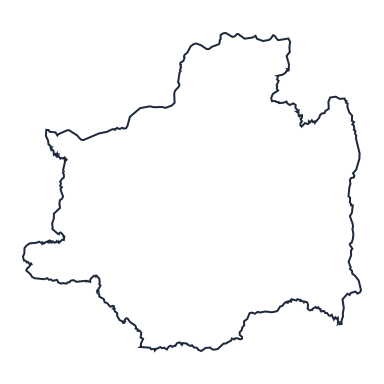 the district of Lom Sak, Phetchabun, Thailand
{"feature_id": "78962969B94734864821350", "entity_name": "Lom Sak", "entity_type": "district", "adm_level": 2, "iso_a3": "THA", "parent_name": "Thailand", "parent_adm1": "Phetchabun", "projection": "robinson", "projection_center": [101.266, 16.742], "detail": "fine", "context": "isolated", "style": "outline", "palette": "slate", "viewbox_px": 384, "rotation_deg": 0, "n_neighbors": 0, "source": "geoboundaries", "source_scale": "gbopen_adm2", "svg_char_len": 5903}
<svg xmlns="http://www.w3.org/2000/svg" viewBox="0 0 384 384"><path d="M26.3,270.6L30.3,274.0L32.1,276.9L34.5,278.2L44.0,279.2L47.2,278.2L48.8,279.7L51.0,279.5L52.7,280.8L57.0,279.9L58.4,282.6L61.4,283.6L62.9,283.0L66.2,283.7L67.8,282.3L69.4,282.3L70.5,280.8L73.4,280.1L76.5,281.8L85.7,280.8L86.3,281.5L87.1,280.9L90.2,281.9L90.2,279.8L91.2,278.2L94.0,275.8L96.3,275.7L96.1,276.6L97.1,276.4L99.3,278.7L99.7,282.5L99.2,284.1L100.5,285.6L98.0,289.8L98.4,290.9L97.4,290.4L97.0,291.2L97.5,293.1L99.2,294.2L99.3,296.6L103.7,299.0L104.7,302.3L107.1,303.1L110.2,306.7L112.9,305.8L114.0,306.3L113.6,307.6L114.4,308.3L113.5,308.8L114.2,309.0L114.8,311.3L117.2,313.1L117.2,315.9L119.6,320.1L122.9,321.6L122.8,322.7L124.1,323.0L125.2,321.3L124.6,320.4L125.1,319.4L126.3,318.2L127.5,318.5L130.1,322.1L134.8,325.2L136.1,327.1L135.7,328.6L137.7,329.4L137.7,330.9L139.3,330.6L140.2,331.2L141.3,333.1L140.6,337.6L143.1,338.8L141.0,343.6L140.9,346.4L140.1,347.0L150.1,347.7L151.2,349.3L154.9,348.9L154.9,350.4L156.7,348.7L160.3,347.1L162.1,348.2L164.3,347.7L166.8,349.5L168.6,346.8L170.6,345.7L172.4,346.9L174.4,345.6L175.4,345.9L176.8,343.4L179.3,342.4L180.4,342.7L180.9,343.9L181.7,343.6L182.1,344.7L183.1,343.0L187.3,343.7L187.4,344.6L190.7,346.0L191.9,345.2L194.1,347.5L195.9,347.5L197.7,348.6L198.3,349.9L201.4,351.0L205.6,347.9L210.2,347.6L212.0,349.2L213.9,349.7L217.7,349.0L223.5,343.6L225.6,343.6L231.2,340.4L231.9,338.5L234.3,339.4L235.2,338.3L237.7,338.3L240.2,339.4L242.1,338.6L242.0,336.8L239.7,334.8L239.7,332.1L241.7,330.2L242.3,327.4L244.2,325.4L244.0,321.3L247.2,319.0L249.6,313.2L251.7,312.6L254.9,313.7L257.6,311.9L260.0,312.5L265.5,311.5L271.8,312.3L276.5,311.3L277.7,310.6L280.1,306.5L282.1,306.1L284.9,302.6L286.9,301.7L287.1,302.7L287.9,302.8L289.1,301.1L291.1,301.7L291.4,300.7L290.7,300.1L291.5,299.2L296.3,300.5L297.2,299.3L299.1,299.6L300.7,300.1L300.4,300.9L303.9,301.5L304.1,302.3L304.8,301.6L307.0,302.2L308.1,304.6L307.6,308.6L309.4,310.3L312.2,310.0L312.5,308.9L315.6,307.0L316.9,308.2L318.3,307.3L319.4,308.9L320.5,309.1L320.4,310.3L321.3,311.5L322.6,310.9L324.3,311.2L325.0,312.9L327.1,313.1L328.8,315.5L330.4,315.8L331.7,314.8L333.2,318.2L334.1,317.9L334.2,319.2L335.6,317.4L336.4,318.6L337.9,317.8L337.9,322.2L338.7,322.4L338.3,323.6L339.5,322.6L340.0,324.3L341.6,324.0L341.5,320.5L343.0,316.4L342.8,313.5L343.8,308.0L342.5,299.4L347.5,293.7L349.6,295.0L350.9,292.9L355.5,291.6L357.4,293.6L359.8,292.5L361.0,290.3L358.7,280.5L354.7,275.4L352.3,273.7L352.0,270.8L350.0,269.1L350.7,267.2L348.6,261.9L351.1,255.5L351.0,250.4L352.4,248.8L349.8,244.9L350.3,243.3L351.6,242.8L352.9,238.9L353.4,233.8L352.4,228.8L353.0,227.0L352.8,224.3L349.9,216.1L351.9,212.8L352.8,205.3L351.0,205.3L351.0,204.0L349.9,202.6L350.1,197.7L348.5,196.3L349.4,187.0L350.4,183.9L349.9,179.9L351.2,178.0L353.9,177.4L354.4,175.7L353.0,173.2L356.2,169.7L359.4,158.7L359.6,153.3L355.9,138.2L356.3,135.7L355.1,133.8L355.3,130.8L353.8,129.8L354.3,128.3L353.8,125.5L352.3,124.4L354.0,122.1L351.9,120.8L352.1,115.6L349.2,112.3L347.3,106.7L347.7,103.6L345.9,102.6L346.5,101.0L345.2,100.4L344.5,98.5L339.7,98.9L335.9,96.7L330.2,97.5L328.4,101.8L328.8,108.7L325.3,111.1L324.6,113.1L321.8,113.5L320.1,115.1L319.2,117.7L314.9,122.8L314.6,121.4L313.0,122.1L311.8,120.3L310.2,122.3L308.9,121.3L308.9,123.2L307.8,124.2L305.1,123.0L301.6,126.6L300.3,125.0L300.6,122.7L302.0,121.5L300.6,119.1L301.9,117.7L302.0,115.2L300.6,115.3L299.6,116.5L298.7,115.8L298.5,113.0L296.8,111.8L298.3,111.8L298.6,110.3L297.8,110.4L295.4,107.8L295.7,105.1L293.4,103.4L289.7,105.0L287.3,103.3L286.5,101.6L283.6,102.7L278.9,103.1L278.7,102.1L276.4,102.0L275.2,101.0L271.9,101.2L271.2,97.9L272.9,93.9L278.1,90.5L276.8,88.6L277.2,86.3L276.6,85.3L278.6,80.8L277.1,79.5L278.0,76.3L277.2,75.9L282.5,74.7L285.7,72.6L286.4,71.1L288.0,70.6L287.2,69.1L288.8,69.4L288.9,64.2L286.6,55.9L289.8,52.0L289.4,47.3L290.1,41.8L288.4,38.5L278.7,40.1L277.6,39.8L274.8,36.1L273.2,35.2L270.7,38.7L268.8,40.0L262.9,41.0L256.9,38.7L255.5,35.8L252.6,37.5L244.7,38.7L238.1,34.0L236.9,34.1L234.7,36.4L232.4,36.9L225.8,33.0L223.2,33.3L220.5,35.1L220.7,39.2L219.7,40.2L219.7,42.5L218.9,44.2L211.7,46.9L209.1,49.0L206.7,49.1L201.3,45.4L196.3,43.5L193.7,44.1L190.7,46.3L187.3,52.7L184.6,54.8L183.9,56.6L184.6,57.5L183.3,61.0L180.5,62.6L180.2,64.2L181.0,64.8L180.5,66.2L181.1,67.3L180.0,69.8L180.7,71.0L179.5,72.8L178.1,82.5L179.1,83.4L179.4,85.1L178.4,87.2L175.0,90.7L174.2,93.7L174.6,102.8L171.8,105.5L165.9,107.8L161.6,107.0L153.6,107.2L149.9,106.3L140.2,108.1L129.9,116.8L127.5,125.8L126.1,128.2L123.8,128.6L122.4,127.7L119.7,129.0L116.9,127.9L116.5,128.7L114.8,129.0L114.8,129.7L112.4,129.2L107.0,131.8L99.1,133.4L83.3,140.1L80.8,139.5L77.0,135.3L69.0,130.2L67.2,130.3L58.5,134.1L57.4,135.5L55.5,132.4L49.5,131.7L48.7,130.1L46.3,129.8L45.9,135.9L48.0,140.4L48.6,144.6L50.4,145.7L50.5,147.0L51.5,147.2L50.6,147.8L51.3,149.9L51.9,149.3L53.5,151.0L53.9,154.9L55.4,154.0L56.0,155.3L57.0,153.7L57.1,155.0L58.4,154.6L57.6,156.6L58.6,156.3L60.4,158.6L61.2,157.9L62.6,158.5L64.4,157.5L64.8,160.5L65.4,159.9L64.8,158.9L65.2,158.2L66.6,159.7L65.1,161.3L63.1,170.1L63.8,171.5L62.9,172.8L63.9,174.6L63.8,177.6L62.1,178.8L60.1,181.8L61.0,183.1L60.2,186.0L61.9,187.2L60.6,188.6L60.8,190.2L63.1,196.7L61.8,199.0L59.9,200.2L59.4,203.5L60.0,207.9L53.9,213.7L53.9,218.1L52.1,223.7L52.7,227.8L52.3,229.0L58.1,234.0L58.8,234.2L58.8,233.5L60.7,232.5L62.9,234.7L63.6,236.8L64.3,236.6L64.2,238.1L63.8,240.0L62.4,239.6L59.1,242.7L58.6,241.6L58.1,242.3L56.6,241.1L56.2,242.2L54.5,242.7L53.4,241.6L52.2,242.4L52.2,241.5L51.2,241.1L50.3,242.0L49.6,240.5L48.0,241.3L48.3,242.4L46.5,241.8L43.5,243.6L42.9,242.8L42.3,243.4L42.3,242.4L41.2,242.8L39.0,241.7L36.4,242.8L29.6,243.4L26.3,245.8L24.5,248.1L24.3,253.6L23.0,256.4L23.2,257.7L24.0,260.6L25.4,260.7L27.0,262.5L28.0,262.0L29.3,263.8L31.1,263.4L31.5,264.3L30.5,264.5L29.6,266.3L26.9,268.7L26.3,270.6Z" fill="none" stroke="#1e293b" stroke-width="2"/></svg>